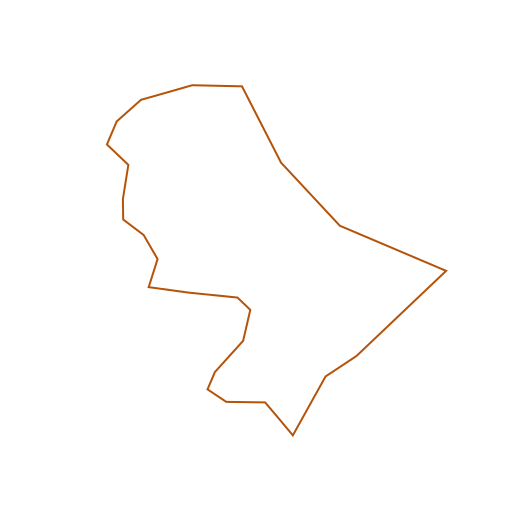 Birżebbuġa, Equal Earth projection, rotated 293°
{"feature_id": "MLT-5968", "entity_name": "Birżebbuġa", "entity_type": "state/province", "adm_level": 1, "iso_a3": "MLT", "parent_name": "Malta", "parent_adm1": "", "projection": "equal_earth", "projection_center": [14.516, 35.821], "detail": "fine", "context": "isolated", "style": "outline", "palette": "amber", "viewbox_px": 512, "rotation_deg": 293, "n_neighbors": 0, "source": "natural_earth", "source_scale": "10m", "svg_char_len": 487}
<svg xmlns="http://www.w3.org/2000/svg" viewBox="0 0 512 512"><g transform="rotate(293 256 256)"><path d="M406.7,176.8L351.7,242.6L316.6,321.4L316.6,436.8L203.3,387.6L172.3,367.1L105.3,360.0L116.4,338.3L124.8,321.6L110.1,285.6L114.3,263.5L133.1,263.5L172.9,277.3L204.2,271.8L210.5,255.2L195.9,208.1L185.4,169.4L214.7,166.6L231.4,144.4L237.7,119.5L256.5,111.2L290.0,102.9L300.4,75.2L325.5,75.2L354.8,89.1L388.3,130.6L406.7,176.8Z" fill="none" stroke="#b45309" stroke-width="2"/></g></svg>